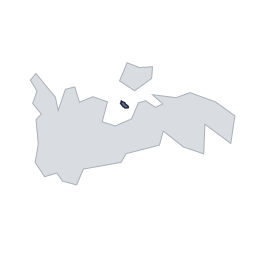 Isle of Man highlighted, Mercator projection, rotated 99°
{"feature_id": "IMN", "entity_name": "Isle of Man", "entity_type": "country or territory", "adm_level": 0, "iso_a3": "IMN", "parent_name": "Europe", "parent_adm1": "", "projection": "mercator", "projection_center": [-4.545, 54.233], "detail": "fine", "context": "with_neighbors", "style": "filled", "palette": "slate", "viewbox_px": 256, "rotation_deg": 99, "n_neighbors": 1, "source": "natural_earth", "source_scale": "50m", "svg_char_len": 960}
<svg xmlns="http://www.w3.org/2000/svg" viewBox="0 0 256 256"><g transform="rotate(99 128 128)"><path d="M82.8,143.7L63.7,139.1L66.5,126.4L63.7,113.4L75.3,112.4L90.2,127.3L82.8,143.7ZM125.9,154.5L128.0,140.9L118.5,125.9L101.6,121.7L98.3,115.1L103.3,104.2L98.8,97.4L91.3,109.0L90.5,85.2L83.4,72.3L88.5,45.7L99.3,24.3L127.2,24.1L112.3,52.6L141.7,49.2L138.1,70.2L125.6,92.7L140.0,94.3L153.5,125.7L163.0,129.5L175.5,165.6L192.3,169.9L190.7,184.5L183.6,191.1L189.1,202.7L176.6,214.3L158.0,214.1L134.3,220.1L127.8,215.8L118.7,226.0L105.8,223.6L96.0,231.9L88.6,227.5L109.0,204.5L121.5,199.7L99.6,195.9L95.7,187.0L110.2,180.0L102.6,167.6L105.3,152.4L125.9,154.5Z" fill="#d9dde1" stroke="#a8b0b8" stroke-width="1"/><path d="M107.6,136.2L104.8,139.2L103.7,138.6L102.7,138.9L102.4,138.8L103.0,137.7L103.6,135.2L104.8,134.2L106.3,131.6L107.4,130.9L107.8,131.0L108.1,131.2L108.6,134.2L107.9,135.2L107.6,136.2Z" fill="#64748b" stroke="#1e293b" stroke-width="1.5"/></g></svg>